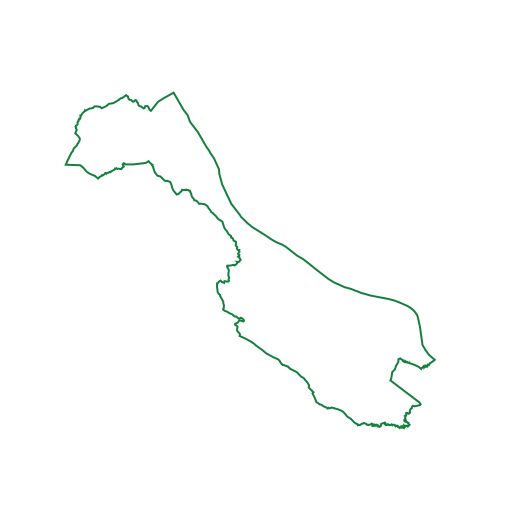 the district of That Phanom, Nakhon Phanom, Thailand, rotated 308°
{"feature_id": "78962969B35250175896926", "entity_name": "That Phanom", "entity_type": "district", "adm_level": 2, "iso_a3": "THA", "parent_name": "Thailand", "parent_adm1": "Nakhon Phanom", "projection": "natural_earth1", "projection_center": [104.685, 16.983], "detail": "fine", "context": "isolated", "style": "outline", "palette": "green", "viewbox_px": 512, "rotation_deg": 308, "n_neighbors": 0, "source": "geoboundaries", "source_scale": "gbopen_adm2", "svg_char_len": 6046}
<svg xmlns="http://www.w3.org/2000/svg" viewBox="0 0 512 512"><g transform="rotate(308 256 256)"><path d="M208.9,475.0L210.1,475.3L210.1,475.6L209.8,475.7L210.1,476.1L211.4,475.4L211.5,475.7L210.7,476.1L210.9,476.5L211.8,476.5L210.9,477.0L211.4,478.3L212.1,477.7L212.4,478.4L213.3,478.7L214.0,477.8L214.9,479.9L215.2,479.9L215.2,479.4L215.4,479.6L215.2,480.6L216.5,480.9L217.6,480.9L217.8,478.9L218.3,478.8L218.1,477.2L217.4,476.0L217.8,475.2L217.4,475.2L217.4,474.8L218.2,475.0L218.2,474.2L218.9,474.7L219.0,474.3L218.7,473.9L219.0,473.8L219.6,473.8L219.5,474.4L220.3,473.2L221.5,472.7L221.6,471.8L223.1,472.4L223.6,472.1L224.6,471.0L225.2,471.3L225.8,473.5L226.8,473.8L227.4,473.8L227.7,473.1L230.3,472.0L231.9,472.5L233.3,471.7L234.7,472.0L235.2,473.6L239.7,477.1L240.4,477.1L241.2,475.1L240.7,438.5L243.3,437.7L248.5,434.8L252.2,435.3L255.6,434.0L260.1,433.4L262.5,431.8L264.1,432.7L264.0,433.4L264.3,435.3L263.8,436.1L264.3,436.4L263.7,438.1L264.2,439.0L265.0,438.5L264.8,439.8L265.4,439.8L265.6,440.2L265.5,441.7L266.5,442.3L266.2,443.3L267.7,447.5L268.8,452.4L268.7,455.7L269.5,455.4L270.5,455.9L272.6,455.9L272.7,456.7L272.0,457.2L273.1,457.3L273.2,457.7L274.0,457.1L274.4,459.0L275.9,458.3L276.0,458.8L276.5,458.8L276.5,459.4L279.0,459.1L279.9,459.7L284.2,460.8L284.6,453.0L286.4,447.0L288.4,442.0L301.3,428.6L307.2,421.5L308.7,419.2L310.0,414.9L310.3,410.5L309.9,406.4L307.7,397.6L306.0,392.2L303.7,386.9L295.4,370.7L291.7,361.7L288.6,351.3L286.0,345.1L283.2,333.5L282.5,327.2L282.4,311.5L282.6,299.8L282.5,294.7L281.6,288.4L281.6,273.5L281.1,269.9L279.4,263.5L278.6,258.3L278.1,250.8L276.5,235.6L276.6,229.5L277.7,219.7L278.3,218.5L281.9,204.4L291.6,185.2L298.2,176.5L301.6,173.4L307.0,162.9L309.1,156.5L310.0,154.8L311.4,149.9L317.9,133.8L321.1,121.4L325.0,115.2L326.5,109.0L334.0,90.5L321.9,85.5L317.2,83.9L305.7,83.8L305.7,82.1L307.2,79.2L307.2,78.1L305.9,76.5L303.9,77.1L303.1,76.6L303.1,73.6L302.3,71.6L302.4,70.8L303.8,68.8L304.0,67.4L304.9,65.8L304.7,65.1L302.1,64.5L301.7,63.8L302.1,61.8L301.2,59.9L301.9,57.9L302.9,57.1L302.7,56.0L302.8,54.6L297.8,53.3L297.1,52.3L293.4,51.4L288.7,49.5L285.3,46.4L281.8,45.7L277.4,43.4L277.6,41.3L277.3,41.1L276.2,38.8L274.4,36.6L272.5,36.5L269.2,33.8L265.7,32.4L265.6,31.5L264.5,31.8L261.7,31.4L259.4,31.7L258.6,31.1L258.4,31.7L257.2,32.1L256.9,32.6L255.3,32.9L255.1,32.2L254.5,32.2L253.0,33.1L252.5,32.8L251.7,33.0L250.0,34.3L248.4,34.3L247.9,33.9L246.8,34.2L246.4,35.2L245.8,35.5L245.1,37.0L241.4,38.1L241.1,41.8L240.3,44.4L239.7,45.2L237.7,46.1L236.6,46.1L235.5,46.5L234.5,46.3L232.6,46.8L228.7,46.2L225.5,47.1L223.8,47.0L215.0,48.8L210.8,49.9L219.3,61.6L219.3,65.3L218.2,70.9L218.5,74.7L219.9,79.6L219.8,83.9L221.7,84.0L223.9,84.9L225.0,84.9L225.1,85.7L226.6,86.1L228.6,86.2L228.6,87.4L229.5,87.4L230.4,88.3L232.1,88.9L232.4,89.7L233.9,90.0L237.4,91.5L238.1,91.1L238.5,91.8L239.2,91.9L239.2,93.1L240.1,93.8L241.5,96.4L243.4,96.3L245.0,96.8L246.1,94.7L246.5,94.9L246.7,94.5L247.5,94.5L248.0,95.5L247.8,96.4L248.1,97.1L252.9,103.2L261.5,111.9L264.6,113.0L264.1,114.8L264.1,118.3L263.5,118.3L262.9,120.3L262.4,120.5L260.2,123.8L259.6,124.9L258.6,128.8L259.8,131.7L259.1,137.4L259.7,138.9L260.5,139.6L261.5,143.0L259.8,145.9L258.1,148.0L256.7,150.9L255.6,155.6L257.3,156.9L259.0,156.9L260.9,157.4L262.6,157.0L263.0,158.1L263.9,158.7L264.2,159.6L265.3,160.0L265.4,161.0L266.2,161.8L266.2,163.0L266.8,163.7L266.6,164.3L266.0,164.6L265.2,166.5L263.9,168.0L262.9,170.1L262.7,171.8L261.9,173.1L262.6,174.1L262.8,176.3L262.1,179.1L263.3,180.3L263.9,181.7L265.1,183.3L265.4,186.2L265.3,187.5L264.7,188.5L263.7,192.3L263.0,193.5L263.3,196.2L262.9,196.7L262.8,199.7L262.1,202.2L261.9,204.3L262.4,208.3L258.8,213.5L257.9,216.1L257.8,217.3L256.3,220.9L256.4,224.0L255.6,224.4L255.2,225.1L255.6,225.9L255.4,227.4L254.3,228.9L254.9,231.2L253.3,232.9L251.7,233.6L251.5,235.8L250.2,236.4L249.7,237.1L249.7,238.0L250.4,239.1L249.8,239.3L249.2,240.4L248.3,240.1L247.6,240.5L246.7,240.5L246.4,241.2L246.6,242.2L246.1,242.6L244.5,242.3L244.7,243.8L244.3,244.1L243.5,246.3L240.5,246.1L239.8,244.8L239.7,245.4L238.4,245.6L236.7,245.4L235.2,244.8L235.4,244.0L232.7,241.7L230.6,239.3L229.6,240.0L229.6,240.6L229.2,240.9L228.6,242.7L227.4,243.8L223.9,245.9L223.1,246.9L222.5,248.2L220.9,248.6L219.8,250.0L218.6,249.8L216.8,246.7L215.2,247.4L214.5,245.0L214.8,243.2L212.6,242.5L210.6,242.8L210.3,242.3L207.9,244.1L203.9,248.1L203.2,250.0L203.2,251.6L202.4,252.3L199.9,258.3L198.5,259.4L197.3,261.3L194.8,262.7L193.8,262.8L193.5,263.3L193.6,265.6L194.3,267.0L194.5,269.9L195.4,273.2L195.1,276.1L196.1,277.6L195.9,280.5L196.5,281.4L198.1,282.2L198.4,284.3L197.9,286.0L197.3,286.5L196.6,286.3L195.4,283.0L194.8,282.5L192.6,282.6L189.5,281.3L189.0,281.8L189.1,284.2L188.9,285.1L186.0,286.5L185.3,287.9L184.8,290.9L184.2,291.7L182.9,292.3L184.5,298.9L185.5,305.2L185.7,308.9L185.4,310.9L185.8,318.9L185.6,323.9L187.0,332.5L188.2,337.0L188.0,339.1L187.1,340.8L186.9,342.6L186.6,342.9L186.6,344.2L187.3,345.2L187.5,346.6L188.2,347.7L188.2,349.1L188.6,349.6L188.1,351.9L189.6,359.8L188.7,365.6L189.2,368.5L187.9,374.5L186.7,377.5L184.8,378.5L184.0,385.3L182.5,385.1L180.2,390.1L178.4,392.9L178.0,393.8L178.4,396.0L178.2,397.4L179.2,399.4L179.0,401.4L179.8,404.1L180.0,406.4L180.9,406.5L181.0,407.5L183.2,409.0L185.7,415.1L186.8,419.0L186.7,422.1L185.6,427.1L186.1,431.0L185.3,436.2L185.8,439.5L185.4,440.4L186.3,440.8L186.2,441.3L186.7,442.0L188.8,442.6L190.0,443.6L190.7,443.6L191.6,446.1L191.2,447.2L191.8,447.8L192.2,448.8L193.6,449.8L194.1,450.6L194.5,450.2L195.2,450.4L195.2,451.1L194.5,452.0L195.0,452.2L194.9,453.0L194.3,453.0L195.1,453.9L195.1,453.3L195.9,452.7L196.3,453.4L196.5,455.0L197.3,455.0L197.4,456.0L197.0,456.9L197.7,457.1L197.2,458.4L198.7,459.1L200.8,458.0L204.1,460.1L204.2,460.4L203.4,461.4L202.8,461.3L202.7,462.5L203.0,462.8L203.4,462.5L204.3,463.2L204.3,464.1L204.8,464.0L205.2,465.9L206.7,466.4L206.5,467.6L207.2,467.6L208.1,468.8L208.2,469.2L207.6,470.9L208.0,471.1L208.5,470.7L209.2,471.7L209.3,473.3L208.8,473.5L209.2,474.1L208.9,475.0Z" fill="none" stroke="#15803d" stroke-width="2"/></g></svg>